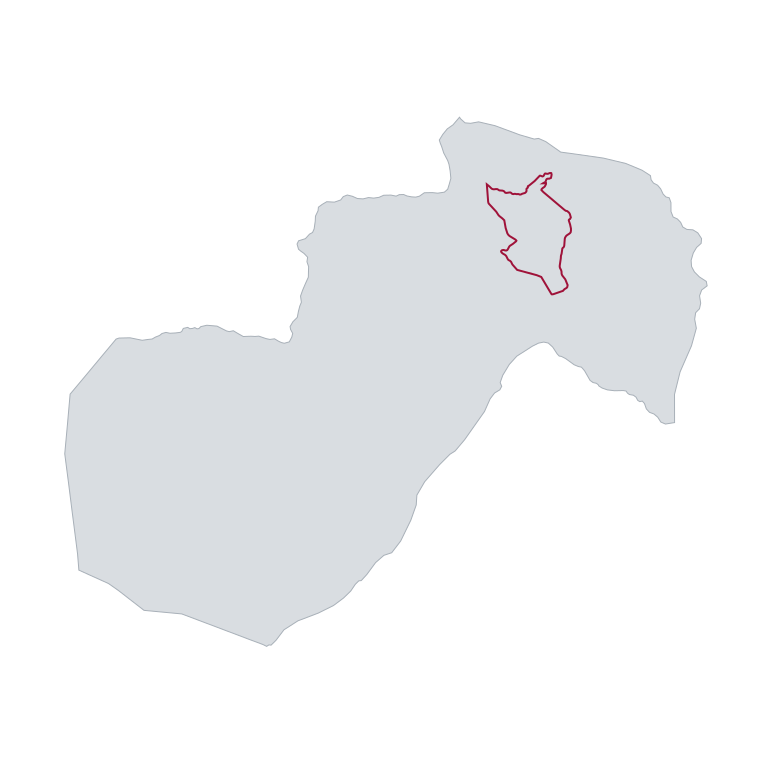 where Caaguazú sits in Paraguay, rotated 276°
{"feature_id": "PRY-617", "entity_name": "Caaguazú", "entity_type": "Department", "adm_level": 1, "iso_a3": "PRY", "parent_name": "Paraguay", "parent_adm1": "", "projection": "robinson", "projection_center": [-55.638, -25.106], "detail": "fine", "context": "in_parent", "style": "outline", "palette": "rose", "viewbox_px": 768, "rotation_deg": 276, "n_neighbors": 0, "source": "natural_earth", "source_scale": "10m", "svg_char_len": 6016}
<svg xmlns="http://www.w3.org/2000/svg" viewBox="0 0 768 768"><g transform="rotate(276 384 384)"><path d="M402.2,139.0L403.6,144.5L404.5,148.7L406.7,151.7L408.8,155.7L411.0,157.9L412.5,161.7L412.1,165.9L413.0,171.4L414.1,176.1L415.2,177.4L418.3,178.6L419.8,182.9L418.7,185.1L419.2,187.6L420.3,190.0L419.3,192.3L419.8,194.1L421.9,195.8L423.9,201.7L424.1,211.9L422.0,217.4L420.3,221.9L419.9,224.6L421.2,228.6L419.0,233.3L416.5,239.1L417.1,243.1L417.6,246.8L417.8,250.8L418.5,254.5L417.6,258.5L416.8,262.0L416.4,265.9L417.5,270.4L415.5,274.7L414.5,277.6L414.1,280.6L416.0,285.4L421.0,287.4L424.8,287.9L428.5,285.4L431.3,284.6L436.4,286.9L441.2,290.8L447.2,291.3L452.6,292.1L456.7,293.3L462.7,291.8L468.9,293.3L476.3,295.6L482.3,297.6L488.3,297.1L492.8,296.8L497.5,294.6L502.1,294.8L505.5,290.8L507.4,287.4L509.1,284.9L514.1,282.9L517.5,284.1L520.3,290.6L525.3,294.3L527.2,297.1L530.9,298.3L538.8,298.6L543.8,298.3L549.4,300.3L553.0,300.3L556.2,303.8L559.3,308.0L559.7,315.7L562.5,321.7L566.1,323.9L568.1,327.7L567.4,332.9L565.7,338.1L565.9,343.8L567.8,349.1L567.8,354.3L569.1,359.5L571.7,364.0L572.6,371.2L572.1,376.4L573.9,379.4L574.5,383.7L573.4,387.2L573.0,391.9L573.2,396.1L574.5,399.6L578.4,404.1L579.4,412.0L579.4,417.5L581.1,424.0L584.4,427.0L589.5,428.0L595.5,429.0L602.8,427.5L609.2,425.7L612.9,424.0L619.9,419.3L626.2,416.5L629.4,414.8L632.4,413.5L638.6,416.5L644.4,420.3L648.9,425.5L657.2,431.2L655.6,432.6L652.2,437.3L652.3,442.8L654.6,450.7L652.5,467.4L646.0,492.9L643.3,507.8L644.4,512.0L642.0,519.5L633.1,535.5L632.8,546.2L631.6,578.6L628.6,601.4L623.6,618.2L619.1,627.2L615.0,628.3L612.0,631.0L610.3,635.3L606.9,638.8L602.1,641.7L599.5,644.8L599.0,648.2L594.4,650.4L585.5,651.4L580.3,654.1L578.8,658.5L575.8,662.1L571.4,664.7L569.4,669.0L569.6,675.1L567.1,680.3L561.8,684.6L557.0,684.7L552.5,680.6L546.6,677.9L539.1,676.5L532.9,677.6L527.9,681.0L523.5,686.4L519.7,693.8L515.4,695.1L510.7,690.1L504.7,688.6L497.5,690.5L491.8,689.9L487.5,686.5L480.9,686.2L472.1,688.8L454.1,685.8L427.0,677.2L404.1,674.0L376.0,677.0L373.6,668.1L375.1,663.3L379.6,659.7L382.4,655.6L383.6,651.0L386.7,647.5L391.8,645.1L394.0,642.7L393.2,640.2L394.3,638.0L397.2,636.1L398.9,633.2L399.2,629.1L400.4,627.1L402.3,625.5L402.5,622.7L401.4,614.0L401.5,606.8L402.8,601.3L404.5,597.9L405.7,597.1L406.9,595.1L407.3,591.7L409.1,588.6L418.1,582.1L421.4,578.6L421.7,575.5L423.0,571.1L428.3,561.9L430.0,557.5L430.1,555.3L432.0,553.1L438.4,547.9L441.9,543.1L442.4,538.5L440.8,533.4L437.1,527.6L425.6,513.2L416.6,506.6L405.1,501.2L397.6,499.4L394.0,501.3L390.3,499.8L386.6,494.9L380.3,491.1L367.1,486.8L337.0,470.0L324.9,461.8L320.9,456.8L309.6,447.7L291.1,434.7L276.9,428.3L267.1,428.7L251.3,424.9L229.6,417.0L217.0,409.3L213.6,401.8L205.5,394.3L192.7,386.8L186.1,381.9L185.6,379.5L181.8,376.4L174.7,372.6L166.9,366.1L158.4,356.9L149.3,342.6L139.5,323.2L129.1,310.2L118.0,303.5L112.5,299.0L112.5,296.8L110.8,294.7L112.2,291.0L116.0,276.3L121.6,255.0L127.4,232.9L134.2,206.9L134.0,188.4L133.8,169.0L143.7,153.0L150.8,141.6L156.8,130.8L162.9,112.3L167.0,100.0L183.0,97.0L210.1,90.6L223.6,87.4L252.2,80.7L281.2,73.8L311.6,73.4L341.1,72.9L364.0,88.3L381.5,100.0L400.7,112.9L402.0,115.7L403.4,126.6L402.2,139.0Z" fill="#d9dde1" stroke="#a8b0b8" stroke-width="1"/><path d="M540.4,500.7L540.9,500.2L541.5,499.3L544.3,493.4L545.3,492.1L546.6,491.0L551.8,488.7L559.4,486.5L561.1,484.3L563.0,481.3L563.9,480.2L567.1,477.6L574.2,469.5L575.0,468.9L576.3,468.5L593.3,465.4L591.6,468.0L589.7,470.4L589.4,470.9L589.2,471.6L589.1,472.3L589.2,473.4L589.6,475.1L589.6,475.9L589.6,476.5L588.9,477.8L588.6,478.5L588.7,481.6L588.5,482.5L588.1,483.4L587.7,483.8L587.2,484.2L586.9,484.7L586.8,485.5L587.1,486.9L587.6,488.7L587.7,489.4L587.6,490.0L586.9,491.1L586.5,491.6L586.4,492.4L586.4,492.9L586.6,493.4L586.7,493.8L586.8,494.2L586.8,494.6L586.7,495.8L586.7,496.3L586.8,496.8L586.9,497.1L586.9,497.6L586.9,498.2L586.6,499.1L586.7,499.9L586.8,500.3L587.6,501.5L587.9,502.2L588.2,502.9L588.5,503.7L588.6,504.0L588.8,504.3L589.3,504.8L589.6,505.0L589.9,505.2L590.2,505.4L590.6,505.5L591.1,505.5L591.5,505.5L592.7,505.3L593.1,505.4L593.4,505.6L593.6,505.8L593.9,506.1L594.1,506.3L594.4,506.5L594.8,506.5L595.1,506.4L595.5,506.4L595.8,506.5L596.0,506.8L596.4,507.4L601.6,512.6L607.0,516.8L607.3,517.0L607.5,517.3L607.5,517.8L607.4,518.2L607.0,519.7L607.0,520.1L607.2,520.4L607.4,520.7L607.6,520.9L608.0,521.1L609.7,521.8L610.0,522.0L610.2,522.3L610.2,522.7L610.1,524.1L610.1,524.6L610.2,525.0L610.3,525.3L610.5,525.6L610.9,526.3L611.0,526.6L611.2,527.0L611.2,527.4L611.2,528.3L609.8,528.8L608.1,528.7L606.4,528.5L605.5,526.9L605.4,525.8L605.2,525.0L604.7,524.3L603.8,523.9L602.7,523.7L602.2,523.5L601.6,523.1L601.2,522.6L600.6,521.6L600.2,521.1L600.3,521.9L600.6,523.4L600.7,524.1L599.9,524.2L599.1,524.0L597.6,523.4L596.9,523.0L595.3,521.2L594.1,520.3L593.3,520.3L591.4,522.6L576.4,544.7L575.3,546.5L575.2,547.4L575.2,547.7L575.0,548.3L574.7,548.8L574.1,549.5L573.8,550.1L573.1,550.6L572.4,551.1L569.2,552.4L567.6,551.8L566.9,550.9L566.5,550.7L565.9,550.7L562.1,552.4L558.1,553.7L556.1,553.9L554.5,553.8L553.6,553.3L552.8,552.5L551.4,550.8L550.7,550.0L549.8,549.4L548.5,548.8L547.3,548.6L540.4,548.8L539.4,548.6L538.6,548.2L538.1,547.6L537.4,547.2L532.1,547.0L530.2,546.6L529.3,546.6L527.5,546.7L520.2,546.4L518.9,546.5L517.8,546.9L515.8,548.2L515.1,548.5L514.3,548.8L512.2,549.1L511.1,549.6L510.3,550.2L507.2,553.2L506.6,553.6L503.0,555.5L501.6,556.3L499.5,556.1L499.2,555.9L498.6,555.5L497.2,553.6L495.2,552.1L495.0,551.5L494.9,551.3L491.1,543.2L490.8,542.2L490.7,541.5L491.1,541.0L506.9,529.2L508.2,524.5L511.4,504.5L516.1,499.4L516.7,498.9L518.7,497.7L519.3,497.0L519.8,496.2L520.1,495.4L520.5,494.6L521.2,494.0L524.0,492.2L524.8,491.3L525.4,490.3L525.7,489.4L526.2,488.5L526.7,487.7L527.3,487.0L528.0,486.6L528.6,486.7L529.4,487.4L529.7,488.4L529.8,489.2L529.5,490.3L529.5,490.9L529.5,491.5L529.7,492.0L530.1,492.6L530.8,493.0L533.8,494.2L534.2,494.5L534.6,494.8L536.8,497.5L539.8,500.5L540.4,500.7Z" fill="none" stroke="#9f1239" stroke-width="2"/></g></svg>